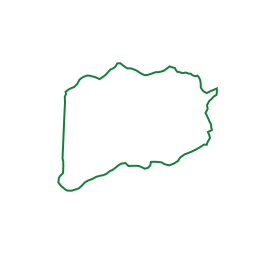 the district of Motuca, São Paulo, Brazil, rotated 40°
{"feature_id": "56859067B60316508863288", "entity_name": "Motuca", "entity_type": "district", "adm_level": 2, "iso_a3": "BRA", "parent_name": "Brazil", "parent_adm1": "São Paulo", "projection": "natural_earth1", "projection_center": [-48.163, -21.521], "detail": "fine", "context": "isolated", "style": "outline", "palette": "green", "viewbox_px": 256, "rotation_deg": 40, "n_neighbors": 0, "source": "geoboundaries", "source_scale": "gbopen_adm2", "svg_char_len": 1629}
<svg xmlns="http://www.w3.org/2000/svg" viewBox="0 0 256 256"><g transform="rotate(40 128 128)"><path d="M129.1,206.0L129.8,200.9L129.9,197.5L131.2,193.8L133.4,190.1L135.0,185.9L137.2,182.7L139.4,180.0L140.9,176.9L141.8,172.8L143.1,170.0L144.2,165.5L144.8,162.1L145.8,159.6L148.6,156.5L152.7,156.8L158.4,151.8L160.8,150.1L163.2,149.3L167.0,148.4L168.7,146.1L169.2,142.6L167.4,139.2L169.9,136.9L172.7,134.8L176.0,132.7L179.2,132.2L183.5,130.2L186.0,125.8L187.5,121.0L186.9,117.1L188.3,111.9L191.5,106.1L193.6,101.5L195.3,97.0L196.9,91.8L199.1,90.2L198.1,87.9L197.2,83.0L195.0,81.3L191.8,79.7L193.6,75.6L191.6,74.2L189.4,72.0L186.0,70.5L183.0,69.0L177.7,66.6L176.7,62.1L173.8,59.7L172.9,55.3L173.3,52.1L173.4,49.0L174.5,45.7L172.8,43.1L170.6,40.6L168.6,44.7L167.2,47.4L165.9,50.6L162.9,51.3L160.3,51.1L157.8,50.2L154.6,46.7L152.3,44.8L150.0,43.7L147.5,43.2L146.2,45.2L143.6,46.1L141.3,46.1L139.4,47.4L136.6,48.4L134.3,51.2L131.6,52.0L129.5,53.3L127.4,52.8L125.3,51.9L122.6,53.2L120.3,54.1L119.7,57.0L118.7,60.9L116.9,63.8L115.2,65.8L113.2,67.6L111.6,70.4L110.0,73.0L108.6,75.1L106.8,76.8L104.2,77.6L101.2,78.1L98.7,78.3L95.8,79.0L92.0,80.4L89.2,82.8L84.5,83.3L80.7,83.3L78.3,85.3L78.9,89.3L78.3,91.8L77.0,94.5L76.8,98.2L76.7,101.8L75.9,105.0L74.8,108.8L70.4,110.0L65.0,112.6L62.9,114.1L61.4,116.8L60.3,119.5L59.8,122.3L60.8,126.8L60.4,131.3L59.0,133.7L57.6,137.1L56.9,140.4L58.7,141.9L59.5,144.7L63.3,148.9L69.6,157.2L97.5,193.5L99.7,195.0L103.3,199.2L107.2,204.3L106.8,208.1L107.2,210.8L109.7,214.5L114.1,215.4L116.3,215.4L119.9,215.4L122.1,214.7L125.2,212.2L129.1,206.0Z" fill="none" stroke="#15803d" stroke-width="2"/></g></svg>